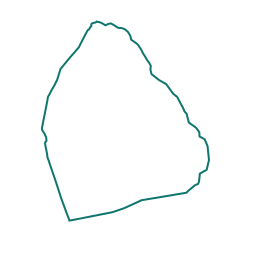 the district of Wad Al Mahi, Blue Nile, Sudan, rotated 189°
{"feature_id": "16777658B66589666845183", "entity_name": "Wad Al Mahi", "entity_type": "district", "adm_level": 2, "iso_a3": "SDN", "parent_name": "Sudan", "parent_adm1": "Blue Nile", "projection": "natural_earth1", "projection_center": [34.827, 11.596], "detail": "fine", "context": "isolated", "style": "outline", "palette": "teal", "viewbox_px": 256, "rotation_deg": 189, "n_neighbors": 0, "source": "geoboundaries", "source_scale": "gbopen_adm2", "svg_char_len": 1382}
<svg xmlns="http://www.w3.org/2000/svg" viewBox="0 0 256 256"><g transform="rotate(189 128 128)"><path d="M171.3,27.4L171.2,27.4L130.5,42.3L127.5,43.8L119.1,48.3L103.3,58.8L60.2,73.2L58.8,75.1L56.1,78.3L53.3,81.6L51.5,82.9L50.2,83.5L49.7,84.9L49.5,87.3L49.9,94.2L43.8,99.0L43.0,109.0L46.6,122.6L50.6,128.9L56.0,130.8L57.0,135.2L61.0,139.0L65.1,141.1L68.7,142.8L72.3,151.1L75.0,153.4L76.4,155.9L79.3,159.7L84.3,166.4L88.8,168.9L97.1,177.3L104.8,180.2L113.1,184.8L115.0,189.1L115.2,192.9L117.0,195.4L119.7,198.1L124.5,203.8L125.1,204.4L127.3,207.6L131.4,212.0L134.5,213.7L138.6,215.7L139.8,218.6L140.5,219.9L143.2,223.0L146.5,225.0L149.8,225.7L153.4,225.4L157.7,227.3L161.2,228.6L163.5,227.8L166.4,225.9L169.0,227.0L171.5,227.9L175.4,228.2L175.7,228.2L176.3,227.3L177.8,226.7L180.0,225.6L180.5,224.7L180.2,222.8L181.0,221.9L181.8,219.6L182.4,218.9L183.0,218.4L183.9,216.1L188.3,202.9L189.1,200.1L196.7,188.0L203.3,176.7L203.9,175.8L204.6,170.5L205.7,163.4L205.9,163.3L206.1,163.1L206.9,159.9L209.3,153.7L211.1,148.2L211.9,146.3L212.0,140.1L212.5,127.5L213.0,114.2L212.5,112.6L211.1,111.0L209.4,109.1L209.0,108.4L207.4,106.0L206.5,102.6L207.4,101.3L207.5,100.4L207.5,99.7L205.8,94.8L205.5,94.2L203.7,89.3L203.3,87.5L203.2,87.2L203.1,86.9L203.1,86.7L201.4,83.7L199.2,79.4L191.3,64.5L184.4,50.9L182.1,46.5L175.2,34.2L171.3,27.4Z" fill="none" stroke="#0f766e" stroke-width="2"/></g></svg>